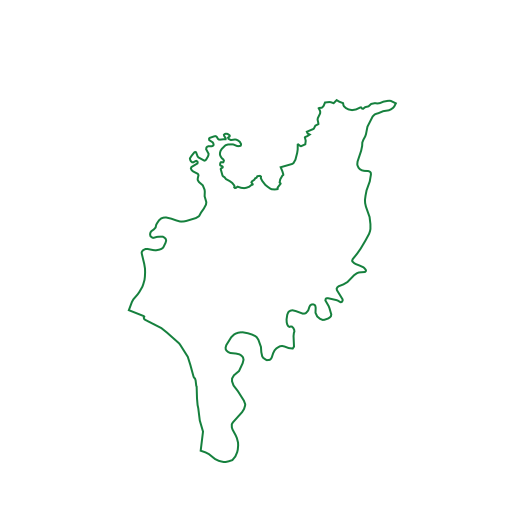 Hau Loc, Thanh Hóa, Vietnam (Robinson projection), rotated 117°
{"feature_id": "81297802B47590181438391", "entity_name": "Hau Loc", "entity_type": "district", "adm_level": 2, "iso_a3": "VNM", "parent_name": "Vietnam", "parent_adm1": "Thanh Hóa", "projection": "robinson", "projection_center": [105.868, 19.933], "detail": "fine", "context": "isolated", "style": "outline", "palette": "green", "viewbox_px": 512, "rotation_deg": 117, "n_neighbors": 0, "source": "geoboundaries", "source_scale": "gbopen_adm2", "svg_char_len": 6117}
<svg xmlns="http://www.w3.org/2000/svg" viewBox="0 0 512 512"><g transform="rotate(117 256 256)"><path d="M56.5,200.7L56.6,206.2L57.0,207.4L58.0,209.1L60.6,212.5L63.5,215.0L65.0,217.1L65.8,219.4L68.2,222.4L71.6,223.7L73.8,226.3L76.2,227.4L76.5,228.3L75.9,229.9L76.3,230.5L80.0,233.4L82.4,236.6L83.4,240.1L83.4,243.0L82.7,245.6L81.9,246.6L80.3,247.8L80.7,251.9L80.5,254.9L84.6,256.2L85.0,259.1L85.5,260.5L87.9,264.2L91.5,263.9L93.4,264.4L94.1,264.8L95.4,266.9L95.9,267.2L97.4,265.1L98.4,264.2L99.9,263.6L105.1,263.5L106.6,263.0L109.4,260.7L110.2,260.3L112.9,262.3L116.3,262.3L116.7,262.5L122.2,267.1L123.4,265.6L123.4,263.3L125.9,264.7L127.7,266.2L128.1,266.3L130.8,264.0L134.1,262.8L137.7,265.7L137.9,266.3L137.4,269.1L137.8,269.4L142.2,267.2L145.5,266.1L152.3,264.6L156.3,264.8L157.6,265.6L165.7,274.3L168.6,270.9L170.8,268.8L171.4,268.5L172.5,269.0L176.7,269.2L179.8,268.3L180.1,267.2L180.4,266.9L185.2,267.8L186.4,267.1L186.8,267.4L188.2,269.5L189.4,272.3L189.5,273.8L189.0,277.2L188.4,280.0L186.3,284.5L184.5,287.0L183.0,287.6L182.8,288.7L183.0,289.2L184.3,291.0L186.1,291.1L187.1,292.0L188.8,292.1L191.4,293.5L192.5,293.5L193.4,291.7L193.8,291.4L194.1,291.5L194.5,292.2L197.4,293.5L199.6,295.6L200.9,297.3L202.0,300.2L202.6,303.9L204.4,304.8L205.0,305.6L204.7,306.6L203.6,306.8L203.0,307.5L201.7,310.3L201.2,313.4L201.1,317.7L200.1,319.8L200.0,321.3L199.6,322.3L194.7,326.8L194.1,327.0L192.3,325.9L191.7,326.1L191.4,326.7L191.5,328.7L191.2,329.3L190.1,329.8L188.9,330.0L188.2,329.7L187.6,327.9L187.2,327.7L185.6,327.9L184.8,329.0L184.4,330.8L183.4,332.6L182.4,333.8L181.6,334.4L180.1,335.0L178.4,335.3L176.1,335.1L171.8,333.7L170.9,333.2L169.3,331.5L167.2,327.6L166.9,326.7L166.6,322.8L166.0,321.3L164.8,319.8L163.8,319.8L163.0,320.2L161.6,322.3L161.2,324.7L161.3,326.4L161.7,327.6L164.1,331.0L164.1,333.2L164.0,333.8L163.2,334.6L161.5,333.8L160.9,333.9L160.5,334.3L160.2,335.8L160.2,337.1L160.8,338.5L161.2,338.9L161.7,339.3L162.6,339.6L163.5,338.8L164.9,336.4L165.8,336.1L166.9,338.2L168.7,340.9L169.1,342.1L168.9,343.1L167.7,345.0L167.5,346.3L168.3,347.5L171.6,350.7L172.4,351.1L173.0,351.0L174.0,350.2L174.4,346.2L175.0,345.2L176.1,344.3L176.7,344.2L177.7,344.6L178.6,345.7L179.7,348.1L180.8,349.1L181.8,349.4L183.5,348.9L186.4,344.7L187.6,344.2L189.2,344.0L192.7,344.2L193.8,344.6L194.5,345.3L194.3,352.0L193.8,353.2L190.8,356.5L190.9,357.4L191.7,358.0L196.0,358.9L199.0,359.2L200.2,358.3L201.1,357.1L201.5,355.4L201.1,354.5L198.8,352.9L198.3,352.3L198.5,351.0L199.0,350.5L200.1,350.2L206.0,353.9L207.5,353.8L208.4,352.8L208.9,351.7L209.2,350.3L209.2,345.3L209.5,344.6L210.2,343.9L213.1,343.2L214.5,342.6L215.0,342.1L216.0,340.4L217.2,335.5L220.3,331.9L222.0,330.8L226.1,328.9L230.6,324.7L232.9,323.9L237.4,324.0L242.2,324.7L246.0,324.8L246.8,325.1L249.5,326.8L256.4,334.0L257.9,335.9L259.3,338.3L259.8,339.6L260.5,343.2L261.2,348.4L262.5,353.7L263.8,355.8L265.5,357.5L268.2,358.6L271.4,359.0L273.4,359.1L276.2,358.4L278.7,359.1L281.4,360.5L282.9,360.7L284.6,360.3L286.1,359.2L286.4,358.6L286.7,356.6L286.4,355.6L284.0,353.0L282.8,351.1L281.1,347.8L281.2,346.1L281.6,344.5L282.4,343.6L283.2,343.0L285.4,342.6L289.9,342.5L291.1,342.7L292.6,343.5L294.2,345.0L296.4,347.8L297.3,350.0L299.0,355.9L299.9,357.6L302.0,359.2L303.7,359.6L304.7,359.5L305.7,358.9L313.8,352.0L317.6,349.2L320.9,347.4L324.9,345.6L327.9,344.5L332.5,343.6L335.0,343.3L341.0,343.6L343.8,344.0L350.3,345.6L353.2,345.7L362.0,344.7L360.5,328.7L360.8,328.0L361.9,328.0L362.6,327.4L363.0,326.8L363.2,325.5L363.2,307.6L364.7,300.4L368.8,284.7L369.8,282.8L376.8,271.0L382.8,265.1L391.7,257.0L392.4,256.2L392.9,254.7L394.3,253.3L398.8,250.3L399.3,249.6L409.7,243.9L415.3,240.4L417.9,238.3L428.1,231.4L436.5,223.5L454.6,216.9L453.9,211.8L453.9,208.0L455.5,200.3L455.4,196.2L454.9,193.9L454.2,191.2L453.3,189.5L451.4,187.2L448.6,184.4L444.0,183.4L439.4,183.7L436.9,184.3L432.9,185.9L430.4,187.3L426.9,190.4L425.0,192.7L421.3,198.1L419.7,199.7L417.1,201.1L416.2,201.2L414.5,201.0L401.4,197.5L397.7,197.2L394.3,197.8L393.0,198.3L390.4,201.1L384.7,210.7L381.6,217.2L378.5,220.5L376.0,221.7L372.3,221.5L366.2,218.9L357.7,219.2L354.1,220.0L352.4,221.4L351.8,222.4L351.2,224.7L351.2,226.3L352.0,229.5L354.1,234.9L354.2,237.1L354.0,238.1L353.6,239.5L352.9,240.6L351.4,241.5L348.9,242.0L339.6,241.2L335.9,239.9L334.4,238.9L332.5,237.1L331.1,235.2L330.0,233.2L328.5,228.1L327.8,223.9L327.7,220.4L328.0,218.6L329.6,215.8L334.8,210.3L339.3,207.6L342.6,204.9L343.5,203.3L343.9,200.2L343.9,199.1L342.3,196.6L340.8,196.0L339.3,195.9L334.7,196.6L331.6,196.6L329.1,195.9L327.1,194.7L325.6,193.7L324.3,191.9L323.7,189.5L323.2,185.1L321.8,181.3L319.5,181.0L310.3,186.2L307.4,187.3L305.9,187.5L304.4,188.5L303.2,190.1L302.6,192.0L303.0,193.0L304.0,194.0L303.9,195.4L302.9,197.0L301.2,198.5L298.6,200.0L294.1,201.5L291.5,201.7L290.5,201.4L289.1,200.5L287.8,198.9L287.0,195.5L286.1,188.1L285.1,186.4L284.1,185.6L281.5,184.9L280.4,184.8L277.3,185.3L275.5,185.3L274.3,184.7L273.6,184.0L273.1,183.0L273.0,181.6L273.3,180.8L273.9,180.2L275.1,179.3L279.6,177.2L282.1,174.0L282.9,170.5L282.7,167.6L281.8,166.1L279.0,163.4L277.1,162.3L275.7,161.9L273.9,162.4L269.2,166.8L267.6,168.6L264.1,174.0L262.6,174.4L261.9,174.2L261.2,173.3L260.8,172.3L258.8,164.4L258.6,163.0L258.8,159.7L258.4,159.1L257.7,158.6L256.3,158.6L255.3,159.2L249.7,168.4L248.5,169.3L247.0,169.3L245.4,168.6L241.6,165.2L237.7,162.7L228.6,159.9L225.6,158.3L224.1,157.0L223.3,155.8L221.0,152.0L220.5,151.5L219.5,151.3L218.9,151.5L218.4,152.1L217.6,154.0L217.3,155.2L217.5,159.6L217.9,163.5L217.8,165.3L217.1,167.7L216.5,168.2L214.9,168.4L207.7,166.9L201.9,166.1L192.7,165.5L185.0,165.3L182.1,165.7L180.0,166.3L175.7,168.5L169.7,172.5L162.1,180.5L159.3,182.8L156.5,184.4L152.5,185.8L147.3,187.3L137.9,188.5L131.2,190.6L130.2,191.2L129.6,191.7L129.3,192.5L129.2,193.4L129.4,194.7L131.0,198.2L131.6,200.6L131.5,202.8L130.8,204.7L129.2,206.7L128.3,207.4L125.7,208.4L114.5,210.1L109.7,211.4L106.6,212.8L103.7,213.1L99.9,213.0L97.6,213.3L90.2,215.4L78.7,215.4L76.0,214.5L74.7,213.4L73.1,211.7L69.2,208.4L65.9,203.8L64.0,202.3L61.7,201.1L60.0,200.7L56.5,200.7Z" fill="none" stroke="#15803d" stroke-width="2"/></g></svg>